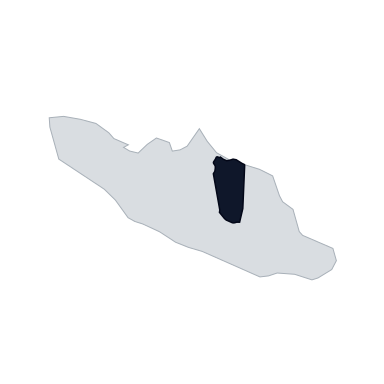 location of Manchester within Jamaica, rotated 196°
{"feature_id": "JAM-1372", "entity_name": "Manchester", "entity_type": "Parish", "adm_level": 1, "iso_a3": "JAM", "parent_name": "Jamaica", "parent_adm1": "", "projection": "mercator", "projection_center": [-77.454, 18.04], "detail": "fine", "context": "in_parent", "style": "filled", "palette": "ink", "viewbox_px": 384, "rotation_deg": 196, "n_neighbors": 0, "source": "natural_earth", "source_scale": "10m", "svg_char_len": 1362}
<svg xmlns="http://www.w3.org/2000/svg" viewBox="0 0 384 384"><g transform="rotate(196 192 192)"><path d="M194.0,139.2L212.1,144.8L230.7,147.7L238.8,147.9L246.4,149.7L263.4,163.1L277.1,170.5L329.1,186.9L346.5,215.2L349.7,224.0L336.3,229.3L319.4,231.1L303.2,231.4L288.3,226.0L281.8,221.8L266.2,219.8L270.1,216.0L263.2,214.2L254.5,214.6L248.1,225.5L241.1,234.1L227.4,233.3L222.2,225.9L215.1,229.2L209.3,234.7L202.4,254.9L191.3,244.9L179.2,236.5L164.0,233.0L133.4,232.4L118.9,229.7L106.9,212.5L102.2,207.6L90.1,203.1L78.0,183.5L73.7,180.8L41.0,176.6L34.3,165.8L36.3,156.0L47.2,144.1L52.5,140.6L70.6,141.2L87.8,137.6L95.4,132.4L103.3,129.1L165.9,137.7L180.3,137.8L194.0,139.2Z" fill="#d9dde1" stroke="#a8b0b8" stroke-width="1"/><path d="M174.3,233.4L174.1,233.3L170.9,232.1L167.4,231.6L164.7,232.8L161.6,234.9L158.4,235.2L151.9,233.3L149.1,232.8L148.7,232.1L138.6,190.1L137.9,176.1L139.8,175.6L140.7,175.3L142.3,174.3L143.4,173.8L144.3,173.6L145.1,173.6L150.8,174.4L151.2,174.4L153.4,175.4L160.0,180.0L160.3,182.3L176.5,215.4L176.3,216.3L175.9,217.5L175.8,218.3L175.9,219.3L176.2,221.4L176.5,222.4L176.7,223.1L177.4,224.0L179.1,225.4L179.4,226.0L179.6,226.5L179.5,227.0L178.6,229.9L178.3,231.8L178.2,232.2L177.9,232.5L177.6,232.7L177.2,232.8L176.8,232.8L175.5,232.7L175.0,232.8L174.7,233.0L174.3,233.4Z" fill="#0f172a" stroke="#020617" stroke-width="1.5"/></g></svg>